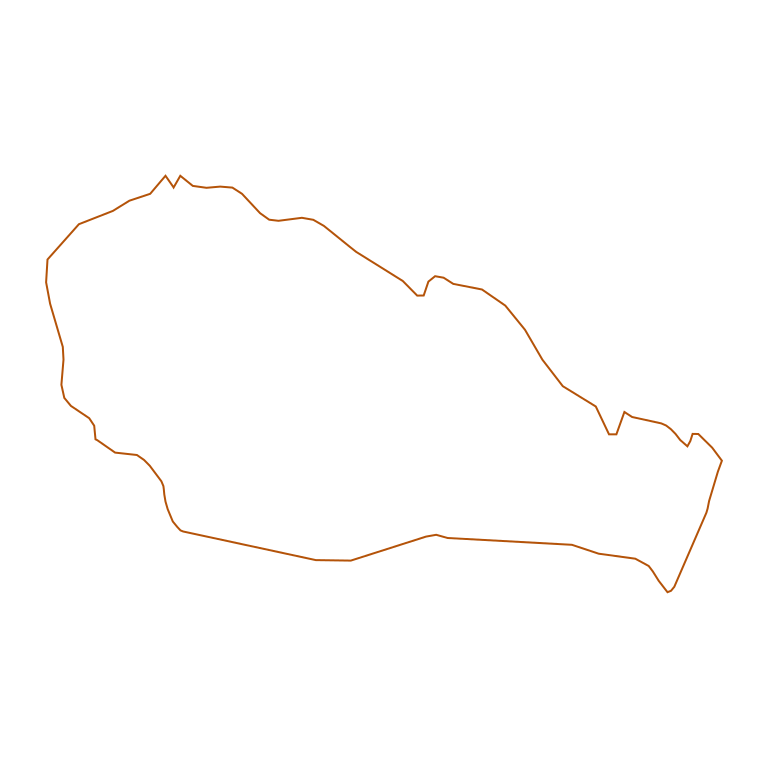 outline of Medimurska
{"feature_id": "HRV-1609", "entity_name": "Medimurska", "entity_type": "County", "adm_level": 1, "iso_a3": "HRV", "parent_name": "Croatia", "parent_adm1": "", "projection": "albers", "projection_center": [16.526, 46.414], "detail": "fine", "context": "isolated", "style": "outline", "palette": "amber", "viewbox_px": 768, "rotation_deg": 0, "n_neighbors": 0, "source": "natural_earth", "source_scale": "10m", "svg_char_len": 1288}
<svg xmlns="http://www.w3.org/2000/svg" viewBox="0 0 768 768"><path d="M349.9,246.9L356.2,251.9L402.8,281.0L417.2,295.6L423.7,295.5L428.4,281.6L435.1,276.2L443.6,277.7L453.3,283.9L482.0,289.5L505.3,305.6L525.0,329.8L542.4,359.7L562.8,386.2L595.8,406.5L609.0,434.3L616.4,434.3L624.4,412.0L632.1,417.0L661.3,423.4L666.1,425.5L670.9,429.2L675.5,433.9L680.2,440.0L687.4,446.3L690.3,441.1L692.6,433.9L698.3,434.0L712.2,447.7L721.9,460.7L717.9,471.6L709.1,501.0L707.6,508.6L706.4,512.7L674.3,586.8L671.0,590.8L667.5,592.2L658.7,580.8L652.8,571.4L648.7,566.0L635.3,558.7L598.7,553.7L571.9,544.8L447.6,538.0L436.2,534.8L426.0,536.6L350.8,560.6L315.8,560.1L183.2,531.5L180.5,530.4L177.4,527.1L172.8,521.5L167.7,509.2L165.5,501.6L164.3,494.5L163.8,489.2L163.4,486.1L161.4,481.3L149.8,465.8L144.1,460.0L136.9,455.0L115.1,452.6L97.3,440.2L95.5,439.3L94.2,425.7L89.2,418.2L70.9,405.9L64.3,397.9L61.4,384.8L63.5,359.6L62.8,346.9L50.1,303.7L46.1,282.3L46.7,272.7L47.5,259.5L75.7,227.8L78.9,224.2L112.9,210.9L119.5,206.8L129.4,200.7L150.2,193.8L161.3,180.7L165.5,175.8L173.2,186.8L173.6,187.5L180.3,175.8L192.8,185.9L206.5,187.8L220.2,186.6L232.4,187.6L242.0,193.8L260.1,213.2L269.2,219.7L278.5,220.8L301.9,217.8L313.3,219.8L323.9,225.9L349.9,246.9Z" fill="none" stroke="#b45309" stroke-width="2"/></svg>